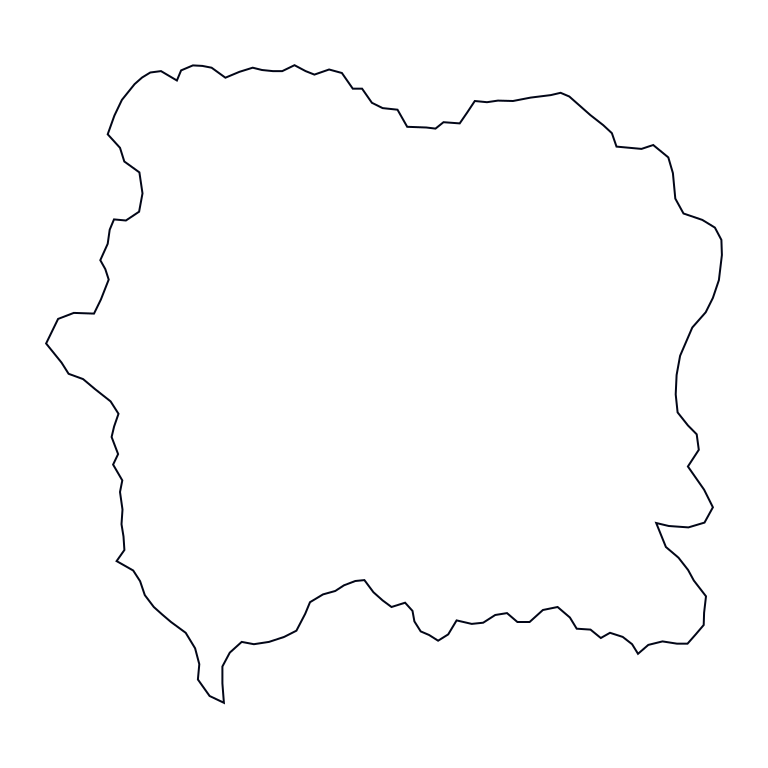 Tejupá, São Paulo, Brazil
{"feature_id": "56859067B53062032582919", "entity_name": "Tejupá", "entity_type": "district", "adm_level": 2, "iso_a3": "BRA", "parent_name": "Brazil", "parent_adm1": "São Paulo", "projection": "natural_earth1", "projection_center": [-49.31, -23.348], "detail": "fine", "context": "isolated", "style": "outline", "palette": "ink", "viewbox_px": 768, "rotation_deg": 0, "n_neighbors": 0, "source": "geoboundaries", "source_scale": "gbopen_adm2", "svg_char_len": 2192}
<svg xmlns="http://www.w3.org/2000/svg" viewBox="0 0 768 768"><path d="M116.6,561.1L133.2,570.5L140.1,581.2L144.8,595.1L153.8,607.0L162.2,614.5L171.0,622.0L185.7,632.8L195.1,648.3L199.3,664.2L197.9,679.5L209.6,696.0L223.9,702.8L222.4,683.4L222.4,666.5L229.8,652.6L241.7,641.9L253.9,644.2L269.0,641.9L284.2,636.9L296.4,630.7L305.2,613.8L310.0,602.2L323.0,594.4L335.2,591.0L344.0,585.3L355.3,581.0L364.4,580.1L373.4,592.2L382.6,600.4L391.5,607.0L405.1,602.7L412.5,610.9L414.4,621.4L420.7,631.4L429.1,635.0L438.1,640.7L448.2,634.4L456.6,620.4L471.7,623.9L483.2,622.7L495.2,615.0L507.0,613.1L517.4,622.0L529.6,622.0L542.9,610.0L557.6,607.0L569.9,617.5L576.7,628.7L590.5,629.6L600.8,638.0L610.0,632.8L622.7,636.9L632.1,644.2L638.0,653.8L648.3,644.9L662.5,641.4L677.2,643.7L687.5,643.7L695.7,634.4L703.7,625.0L704.1,612.7L706.0,596.3L693.8,580.5L688.1,570.0L678.5,557.7L665.9,547.0L656.2,523.0L668.8,526.0L688.4,527.4L704.5,522.6L712.9,507.3L704.1,489.7L687.9,466.5L698.8,449.8L696.7,434.3L687.9,425.4L677.6,412.4L675.7,394.4L676.6,375.0L680.1,355.8L692.3,327.5L705.7,312.3L712.9,297.9L718.9,280.1L721.9,255.0L721.4,239.9L714.9,227.6L702.3,219.9L683.5,213.5L675.3,198.6L672.9,173.1L668.3,157.4L653.2,145.0L641.5,148.9L616.5,146.6L611.9,133.2L603.3,125.2L590.5,115.2L569.3,96.5L560.6,92.8L550.8,95.1L530.6,97.6L513.0,101.0L497.9,100.6L487.0,102.2L474.8,101.0L467.4,112.2L459.7,123.4L443.5,122.2L435.5,128.6L426.3,127.5L407.2,126.8L397.5,109.7L382.6,108.1L371.9,102.8L362.1,88.7L352.8,88.7L341.9,73.0L329.1,69.5L314.4,74.6L305.6,71.1L294.5,65.2L282.3,71.1L272.7,71.1L262.0,70.0L252.7,67.7L239.5,71.8L225.4,77.7L211.6,67.7L202.3,65.9L192.9,65.4L181.1,70.4L176.9,80.5L161.0,71.1L150.3,72.5L142.1,77.5L134.6,84.1L121.9,99.9L114.4,115.6L107.7,134.3L120.0,147.8L124.3,161.5L139.4,172.4L142.5,193.4L139.1,211.7L125.9,220.5L114.0,219.4L109.7,229.7L107.7,243.8L100.3,260.2L105.3,269.1L108.7,279.6L100.9,299.5L94.0,313.6L73.8,312.9L58.1,318.9L46.1,343.5L61.6,362.7L68.6,373.8L83.1,379.1L95.0,389.1L110.6,401.4L118.5,413.8L114.1,426.5L111.6,437.0L118.1,454.1L113.1,464.6L122.3,480.4L120.0,492.0L122.5,509.6L121.5,524.2L123.5,536.5L124.4,550.0L116.6,561.1Z" fill="none" stroke="#020617" stroke-width="2"/></svg>